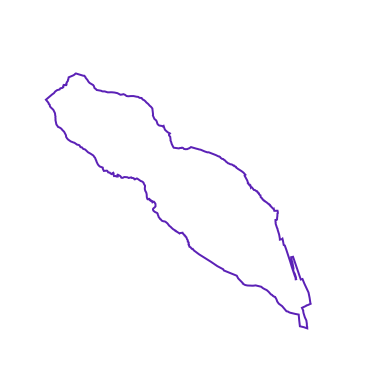 the district of Frumusica, Botosani, Romania, rotated 35°
{"feature_id": "2599482B74523212709144", "entity_name": "Frumusica", "entity_type": "district", "adm_level": 2, "iso_a3": "ROU", "parent_name": "Romania", "parent_adm1": "Botosani", "projection": "natural_earth1", "projection_center": [26.855, 47.52], "detail": "fine", "context": "isolated", "style": "outline", "palette": "violet", "viewbox_px": 384, "rotation_deg": 35, "n_neighbors": 0, "source": "geoboundaries", "source_scale": "gbopen_adm2", "svg_char_len": 6004}
<svg xmlns="http://www.w3.org/2000/svg" viewBox="0 0 384 384"><g transform="rotate(35 192 192)"><path d="M130.9,154.2L130.7,155.0L130.3,154.9L129.8,155.0L127.1,156.3L126.3,156.4L124.6,156.0L122.7,154.5L121.6,153.9L119.3,153.7L116.0,151.7L115.8,151.1L115.0,150.1L111.6,146.3L109.5,145.7L107.9,145.6L105.6,145.0L103.0,144.8L102.3,144.5L100.8,144.3L99.4,144.3L98.9,144.5L97.4,144.2L96.8,143.9L95.1,144.9L94.6,145.0L93.7,144.9L93.3,145.0L91.8,145.8L89.2,146.9L87.0,148.4L84.8,150.2L83.3,150.9L81.4,150.8L79.7,151.2L78.7,152.4L77.5,153.4L74.2,153.8L71.4,155.0L69.1,156.3L65.8,158.7L62.7,159.7L61.2,160.8L60.3,161.1L59.5,161.2L55.4,163.1L54.2,162.8L52.6,162.8L50.8,161.5L49.8,161.1L45.5,161.4L43.8,161.0L42.1,160.2L39.5,159.5L38.8,159.0L38.1,158.9L37.2,158.5L36.3,159.1L28.9,161.5L28.6,162.0L28.4,163.3L27.7,164.8L25.2,168.8L26.1,170.8L26.0,171.0L26.6,172.4L26.5,173.9L26.7,174.2L26.8,175.3L27.4,175.6L27.7,176.4L27.7,176.6L27.3,176.9L27.0,176.9L26.4,177.3L26.3,177.6L25.6,177.8L25.5,178.1L25.7,178.4L25.8,179.4L26.4,179.8L26.4,180.1L26.1,181.0L25.4,181.9L25.1,182.1L24.7,182.6L24.7,184.0L23.1,185.9L22.3,188.1L22.2,190.3L21.5,192.2L19.4,200.2L22.7,201.1L23.5,201.4L24.1,202.0L25.3,202.1L26.4,203.2L27.3,203.6L31.2,204.2L34.3,205.9L35.2,206.7L35.7,207.4L37.0,208.6L37.3,209.3L38.5,210.6L38.7,211.2L42.0,214.3L42.7,214.7L43.6,214.9L44.7,215.5L47.0,215.1L48.7,215.1L49.9,215.5L52.7,216.0L56.0,217.7L56.5,218.1L57.2,219.0L58.8,219.7L60.4,220.1L63.8,220.1L65.7,219.6L66.4,219.5L67.4,219.1L70.7,219.1L72.3,218.4L73.3,218.4L74.6,219.1L75.3,219.1L75.8,218.7L76.2,218.6L78.3,219.1L79.5,218.6L80.3,218.5L84.1,219.1L86.8,218.8L90.1,218.7L90.9,218.9L91.6,219.3L92.8,219.5L94.4,220.5L94.5,220.7L95.5,221.1L95.7,221.4L96.9,222.2L99.1,223.4L100.5,223.8L101.8,224.0L104.9,223.2L105.2,223.5L105.7,224.2L107.7,225.3L109.8,223.5L110.2,223.3L111.1,223.5L112.1,224.0L113.5,223.3L114.6,223.6L115.9,223.4L116.0,222.4L116.5,221.4L117.0,221.7L116.9,221.9L117.2,222.4L118.0,222.9L119.0,223.7L120.3,222.7L121.1,222.7L122.4,221.9L122.4,221.6L123.0,221.4L121.4,221.3L121.1,220.7L121.2,220.4L123.8,220.1L124.9,220.3L125.9,220.8L126.6,220.5L127.2,220.0L127.8,218.8L128.2,218.4L130.6,217.0L132.1,216.8L133.8,214.9L134.7,215.0L135.3,214.5L136.3,214.2L137.0,214.2L137.5,214.6L137.9,214.5L138.8,212.9L139.1,212.5L140.4,212.4L143.8,212.4L144.6,212.1L145.9,212.0L147.0,212.2L147.5,212.7L149.9,213.8L150.5,214.7L151.1,215.9L152.0,217.0L153.5,218.1L154.7,218.6L156.2,219.9L157.9,222.1L159.4,223.3L160.0,223.3L160.4,222.5L160.8,222.2L161.4,222.7L162.0,222.9L163.1,222.9L163.0,222.4L164.2,222.7L164.4,222.4L164.6,222.3L165.0,222.8L165.5,223.1L165.8,222.4L166.2,221.9L166.4,221.8L167.5,222.1L168.9,222.7L170.3,224.6L170.3,225.7L169.8,227.5L169.8,228.2L170.2,228.9L171.3,229.5L173.1,229.6L175.5,229.2L176.2,229.4L177.0,230.2L178.2,230.9L179.2,231.7L180.5,232.0L181.3,232.4L182.1,232.3L183.6,232.8L184.7,232.6L185.8,232.2L186.4,231.8L187.4,231.6L189.9,231.8L190.9,232.1L191.2,232.3L191.7,232.3L192.5,232.7L194.7,232.8L195.4,233.0L197.9,233.3L200.8,233.1L200.9,233.4L201.9,233.3L201.9,233.2L205.5,233.1L205.5,232.8L207.6,230.8L208.2,231.2L208.8,231.2L209.1,231.4L210.3,231.6L210.8,231.9L211.2,231.7L211.7,232.0L212.1,232.0L212.4,232.3L213.3,232.3L215.1,233.6L216.1,233.9L216.8,234.6L217.0,235.1L217.8,235.1L218.3,235.3L218.7,236.1L219.1,236.4L219.1,236.7L219.7,236.8L220.1,237.6L221.0,237.9L221.3,238.3L222.0,238.2L222.4,238.1L224.2,238.6L224.9,238.6L225.2,238.2L227.2,238.8L233.6,239.0L247.5,238.3L255.2,238.2L261.9,237.4L263.1,238.0L276.7,234.9L279.2,236.2L279.9,236.4L285.4,237.4L286.1,237.6L286.2,237.9L288.3,237.8L289.1,237.6L291.0,236.8L295.7,233.8L297.7,232.0L303.1,229.9L305.0,230.1L307.2,229.9L309.4,229.5L312.0,229.8L315.4,230.6L316.5,230.4L317.9,230.7L318.2,230.6L319.6,230.6L320.3,230.3L322.8,231.5L324.6,232.8L327.1,233.7L331.3,233.8L337.8,235.5L339.1,234.9L340.2,234.9L341.6,234.6L346.4,232.7L349.7,231.2L353.4,235.6L357.4,240.1L361.1,238.6L364.6,237.6L363.7,236.4L362.7,235.5L361.5,233.9L359.3,231.6L356.3,229.9L352.8,227.2L351.3,225.7L351.2,225.4L348.5,223.8L350.0,221.2L350.7,220.0L350.8,219.3L351.6,218.4L353.3,215.5L352.6,215.0L349.1,211.3L345.1,207.5L336.6,202.6L332.4,199.9L331.3,201.3L311.9,187.1L310.6,188.6L313.7,191.5L313.2,192.0L313.9,192.5L314.5,192.0L319.0,196.4L319.5,197.5L320.2,198.4L321.0,199.0L322.0,199.5L322.9,199.9L326.2,202.4L326.2,202.7L327.3,203.7L327.0,204.0L325.9,202.7L324.7,202.0L316.8,196.2L312.4,192.7L302.1,185.0L298.7,182.6L298.3,182.6L297.8,182.8L297.5,182.8L294.6,179.9L292.9,178.4L292.8,178.9L291.3,180.6L290.6,179.7L287.8,176.9L283.8,173.8L282.9,172.9L282.3,172.7L278.7,170.0L278.0,168.9L277.6,168.7L276.4,167.0L276.6,166.8L277.3,166.4L277.4,165.7L276.5,164.3L275.8,162.9L274.4,160.7L274.5,160.2L273.8,159.2L272.8,158.3L270.2,160.2L269.0,159.2L269.0,159.3L264.1,158.4L264.1,158.2L263.5,158.0L263.4,157.9L262.2,157.8L262.2,158.0L259.0,157.7L256.6,157.8L256.5,157.6L256.0,157.6L256.0,157.8L254.2,157.6L253.7,157.4L253.5,157.1L251.2,156.8L250.1,155.6L249.9,155.7L248.1,155.3L247.7,154.7L246.4,154.8L246.2,154.5L245.1,154.1L244.8,154.1L244.7,154.4L242.6,154.3L241.5,154.8L238.5,153.9L237.5,153.9L237.5,154.4L236.0,153.0L235.5,152.9L235.3,153.5L232.9,152.8L233.0,152.4L232.2,152.1L230.7,150.9L225.8,148.5L225.6,148.3L225.9,147.3L223.1,146.6L220.5,146.5L216.3,146.7L214.0,146.6L213.6,146.2L212.5,146.3L211.8,146.6L211.5,146.3L211.0,146.2L210.4,146.6L208.8,146.6L207.5,147.3L205.8,147.5L205.0,147.8L203.7,147.6L203.0,147.7L200.8,147.2L199.7,147.3L198.8,147.1L197.6,147.6L195.9,147.6L194.9,147.2L193.8,147.3L193.5,147.6L190.3,148.1L183.3,149.8L182.6,150.1L181.8,150.7L179.1,151.5L174.8,152.4L173.3,153.1L171.9,153.5L171.0,153.9L165.4,155.8L164.7,157.7L164.1,158.5L163.6,159.5L162.2,160.6L160.8,161.3L159.6,161.1L158.8,161.2L158.1,161.7L158.0,162.1L156.9,162.8L156.6,163.4L156.1,163.9L151.6,166.2L150.6,165.8L147.7,164.2L146.4,163.1L144.8,162.1L144.4,161.4L142.5,159.3L140.8,158.8L140.2,158.1L140.3,156.7L137.8,157.0L134.5,156.6L133.3,156.0L130.9,154.2Z" fill="none" stroke="#5b21b6" stroke-width="2"/></g></svg>